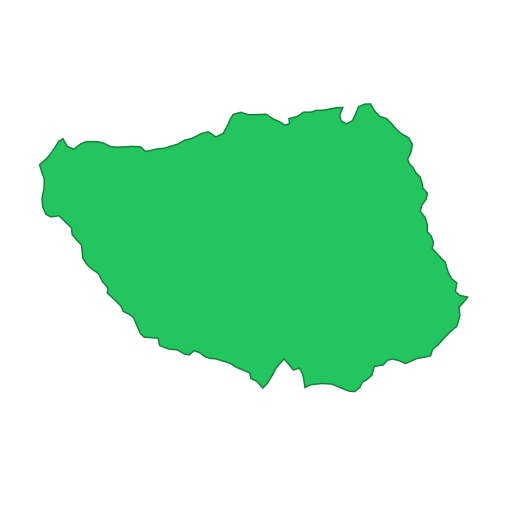 Carmolândia, Tocantins, Brazil, rotated 259°
{"feature_id": "56859067B94534455119436", "entity_name": "Carmolândia", "entity_type": "district", "adm_level": 2, "iso_a3": "BRA", "parent_name": "Brazil", "parent_adm1": "Tocantins", "projection": "mercator", "projection_center": [-48.372, -7.038], "detail": "fine", "context": "isolated", "style": "filled", "palette": "green", "viewbox_px": 512, "rotation_deg": 259, "n_neighbors": 0, "source": "geoboundaries", "source_scale": "gbopen_adm2", "svg_char_len": 2365}
<svg xmlns="http://www.w3.org/2000/svg" viewBox="0 0 512 512"><g transform="rotate(259 256 256)"><path d="M175.2,456.0L178.3,448.9L182.9,444.9L191.3,448.0L196.4,443.7L202.1,441.8L207.7,441.0L213.7,440.7L218.5,437.3L225.2,433.3L229.8,430.4L235.4,432.8L242.2,431.8L247.2,428.8L254.1,430.2L261.8,429.3L268.5,425.8L274.5,428.6L279.1,433.7L284.7,436.4L290.7,432.8L296.5,432.9L302.4,432.1L307.3,428.8L313.0,426.9L317.6,424.1L322.4,423.3L326.6,426.9L331.1,429.1L336.1,430.7L342.8,428.5L348.6,421.7L355.5,416.8L360.4,414.2L366.0,410.3L369.4,404.1L375.4,400.3L383.5,397.3L384.3,391.6L383.0,385.1L376.6,381.0L370.4,376.5L368.5,369.9L372.3,365.3L378.4,365.1L385.2,369.6L386.2,363.4L386.2,358.2L386.2,349.8L387.5,342.8L386.7,337.6L388.1,330.1L385.1,323.2L384.5,314.6L379.4,314.1L379.0,309.1L383.2,305.0L386.7,299.7L393.3,292.9L394.5,284.4L396.2,275.3L400.0,268.4L399.3,260.6L394.8,256.5L390.0,253.3L386.2,250.1L382.4,247.0L380.6,239.2L387.1,232.9L386.5,225.3L383.8,216.3L383.3,208.2L380.8,200.9L380.0,193.4L379.2,186.2L380.0,179.8L379.7,172.7L379.7,167.6L385.2,163.5L387.3,155.0L388.3,147.2L389.5,139.4L391.4,133.6L395.3,128.8L398.1,123.3L399.9,115.7L400.5,109.8L399.3,104.9L395.6,97.7L399.6,91.6L407.9,88.9L406.2,84.2L400.7,79.2L395.9,74.3L391.4,68.8L387.0,61.0L378.7,61.8L372.2,62.9L367.0,61.7L361.7,60.5L353.4,56.9L345.0,56.0L337.2,57.7L333.5,62.1L333.1,70.2L326.2,75.1L318.9,80.2L312.2,79.7L305.7,83.2L300.3,86.7L286.6,85.7L279.0,88.9L274.5,92.5L268.6,98.1L259.9,100.5L252.9,104.6L248.1,103.0L238.7,109.8L232.8,113.8L226.8,115.2L223.3,120.1L219.0,124.0L212.0,125.5L202.1,127.7L197.7,130.7L194.0,144.3L186.5,144.3L181.4,152.4L178.9,160.8L173.6,166.8L171.6,171.6L174.9,177.1L172.2,181.7L166.8,187.1L164.1,191.7L162.8,196.8L159.0,204.0L155.6,210.2L150.6,215.3L147.5,220.1L142.3,227.8L136.7,227.5L132.9,232.9L125.0,237.5L129.1,243.0L135.5,249.0L142.0,254.1L145.3,258.2L149.6,263.8L143.1,267.7L136.9,270.9L137.7,277.2L131.3,279.3L125.9,279.3L117.6,279.0L119.2,285.9L118.3,296.1L115.9,305.7L111.1,313.2L108.0,317.6L105.4,322.1L104.1,327.0L107.1,332.7L111.8,336.3L113.8,341.9L117.1,347.2L125.1,351.0L124.8,360.1L128.6,365.1L128.9,370.2L126.1,376.2L121.9,382.2L124.8,395.2L124.5,401.4L124.8,408.4L130.5,411.4L134.0,417.7L139.8,425.3L145.1,433.1L148.5,439.4L153.0,442.0L159.0,444.9L166.8,445.4L171.1,451.1L175.2,456.0Z" fill="#22c55e" stroke="#15803d" stroke-width="1.5"/></g></svg>